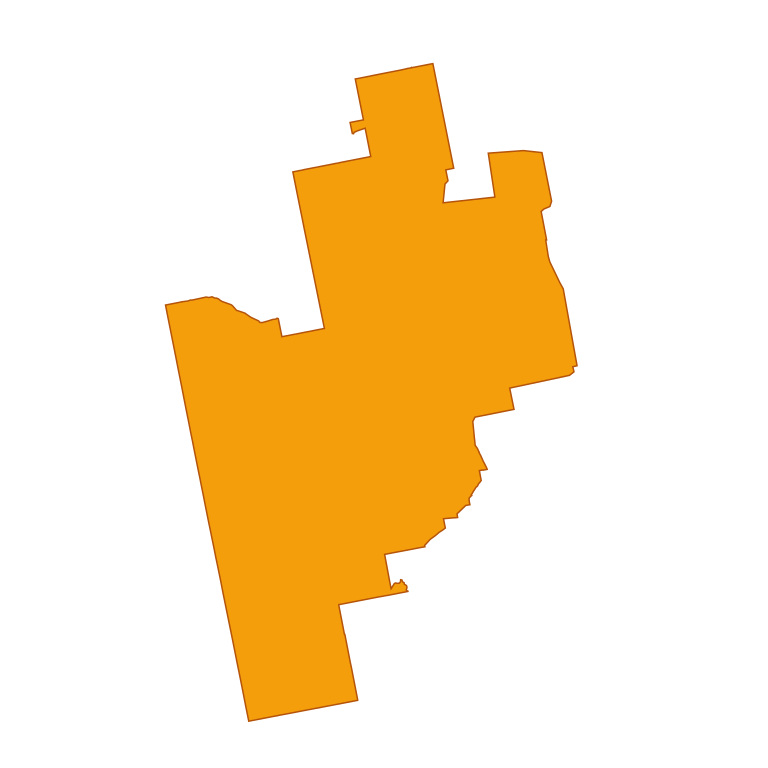 Kimba, South Australia, Australia, rotated 79°
{"feature_id": "25037944B98652038613248", "entity_name": "Kimba", "entity_type": "district", "adm_level": 2, "iso_a3": "AUS", "parent_name": "Australia", "parent_adm1": "South Australia", "projection": "robinson", "projection_center": [136.231, -32.967], "detail": "fine", "context": "isolated", "style": "filled", "palette": "amber", "viewbox_px": 768, "rotation_deg": 79, "n_neighbors": 0, "source": "geoboundaries", "source_scale": "gbopen_adm2", "svg_char_len": 4510}
<svg xmlns="http://www.w3.org/2000/svg" viewBox="0 0 768 768"><g transform="rotate(79 384 384)"><path d="M625.1,581.4L630.1,581.4L639.3,581.3L657.1,581.2L661.7,581.2L661.8,581.2L674.9,581.2L689.2,581.1L689.2,565.0L689.2,549.5L689.3,537.1L689.3,536.8L689.3,525.4L689.4,502.7L689.5,470.5L689.5,470.4L689.5,470.2L689.3,470.1L688.8,470.1L688.7,470.1L688.2,470.1L686.8,470.1L686.5,470.1L682.5,470.1L682.1,470.1L680.9,470.1L680.2,470.1L679.8,470.1L679.5,470.1L678.6,470.1L677.8,470.1L674.2,470.1L672.2,470.1L671.9,470.1L671.7,470.1L671.4,470.1L671.0,470.1L670.8,470.1L670.0,470.1L663.9,470.1L662.2,470.1L660.0,470.1L656.3,470.1L655.7,470.1L651.1,470.2L648.9,470.2L642.3,470.2L633.5,470.2L631.3,470.2L624.6,470.2L622.8,470.2L622.3,470.3L622.3,470.5L622.2,470.6L610.4,470.6L592.3,470.6L592.2,470.5L592.0,470.3L591.9,470.3L591.9,470.2L592.0,469.8L592.0,468.2L592.0,465.0L592.0,457.5L592.0,456.8L592.0,456.7L592.0,449.7L592.0,448.0L592.0,444.6L592.0,441.6L592.0,441.4L592.0,433.1L592.0,430.6L592.1,426.5L592.1,421.9L592.2,421.6L592.2,399.5L591.6,400.6L590.4,401.5L588.5,400.4L587.1,400.2L586.0,400.5L584.5,402.2L582.8,402.2L581.9,403.5L579.8,403.8L579.3,405.0L581.4,405.7L582.4,406.8L582.2,409.1L581.5,410.6L581.8,411.9L586.3,416.1L575.8,416.1L551.4,415.9L551.4,406.9L551.5,391.4L551.5,380.3L551.6,374.9L550.2,374.9L547.6,371.4L545.3,368.3L542.5,362.3L540.1,358.1L538.5,354.1L537.1,351.3L531.3,351.3L527.6,351.3L528.5,342.5L528.5,342.1L528.6,341.4L528.8,340.4L529.0,338.6L529.1,337.9L529.1,337.6L529.1,337.3L529.1,337.2L525.4,337.1L518.8,326.9L518.9,322.7L515.4,322.7L513.6,322.5L513.3,322.5L513.0,322.4L512.8,322.4L512.7,322.3L512.2,322.1L511.7,321.5L511.3,320.9L510.7,320.1L510.5,319.8L510.3,319.2L510.2,319.1L509.4,319.5L509.0,319.0L508.3,318.4L507.9,318.0L507.5,317.7L507.4,317.6L507.2,317.5L506.8,317.0L506.6,316.8L506.0,316.4L505.2,315.5L503.4,313.9L502.9,313.3L502.2,312.0L501.8,311.5L501.7,311.4L500.8,310.9L500.3,310.5L500.2,310.4L500.1,310.2L499.5,309.6L499.0,308.9L498.9,308.7L498.2,308.1L497.7,307.4L497.3,307.0L487.2,306.9L487.2,304.5L487.2,304.1L487.3,303.8L487.3,303.5L487.5,303.2L487.5,299.0L487.3,299.0L487.2,299.0L486.8,299.1L486.7,299.1L486.2,299.2L485.1,299.5L484.6,299.6L482.7,300.2L481.4,300.5L480.8,300.7L480.3,300.9L480.2,300.9L478.9,301.3L477.3,301.7L476.4,301.8L474.6,302.3L472.6,302.7L471.3,303.2L469.2,303.7L468.9,303.7L468.9,303.8L468.5,303.8L464.8,304.7L462.8,305.7L462.4,305.8L461.5,306.2L456.2,305.7L453.5,305.5L447.3,304.9L440.9,304.3L437.8,304.0L433.9,301.0L433.7,261.2L412.0,261.4L410.9,200.3L408.3,195.2L403.1,195.4L402.9,191.0L324.7,189.9L318.0,192.1L295.9,197.9L290.3,198.4L273.5,197.8L273.6,196.9L244.6,196.8L242.7,193.5L241.4,187.3L236.5,184.6L187.0,184.8L181.5,202.5L177.3,237.6L221.7,239.5L217.4,291.4L199.4,286.0L196.7,282.4L185.6,282.5L185.5,274.4L78.8,274.9L78.8,296.1L78.8,296.3L78.5,296.5L78.7,296.8L78.8,296.9L78.8,297.0L78.8,297.6L78.8,299.0L78.8,300.1L78.8,300.3L78.7,300.7L78.8,301.3L78.8,301.6L78.8,301.8L78.8,302.4L78.8,302.5L78.8,302.4L78.9,302.5L78.9,303.1L78.9,303.7L79.0,308.5L79.0,310.0L79.0,312.6L79.0,314.1L79.0,315.4L79.0,327.9L79.1,354.0L120.8,353.8L120.8,367.4L132.1,367.3L132.5,366.1L131.3,365.3L130.5,362.1L129.3,353.7L158.2,353.6L158.2,356.4L158.2,376.8L158.3,398.1L158.3,421.7L158.4,422.9L158.4,423.1L158.4,433.0L180.2,432.9L180.3,432.9L195.3,432.8L207.1,432.7L213.2,432.7L237.5,432.5L317.7,431.9L318.1,431.9L318.1,436.1L318.1,475.2L299.7,475.3L299.3,475.8L299.1,476.8L299.7,477.8L299.4,480.8L300.2,487.7L300.1,487.8L300.3,489.1L300.3,490.1L300.5,491.6L300.0,493.7L299.9,494.0L299.1,494.6L298.3,494.9L298.1,495.1L295.3,499.0L293.0,502.1L289.2,505.8L288.8,506.2L288.2,506.7L288.0,506.8L287.8,507.3L287.7,507.4L287.5,507.7L287.5,507.8L287.0,508.5L284.2,513.5L283.7,514.5L283.4,514.8L278.6,517.6L277.8,518.2L277.4,518.5L276.7,519.4L275.3,521.8L272.1,527.2L270.1,529.3L268.9,530.2L267.7,532.1L267.3,533.8L265.6,536.1L265.7,539.2L265.4,540.3L264.7,541.9L265.0,556.7L264.9,557.0L264.6,557.8L265.1,560.3L264.7,567.2L264.7,567.3L264.8,567.3L264.8,583.4L275.5,583.4L318.1,583.2L331.0,583.2L348.5,583.1L360.4,583.1L360.7,583.1L370.3,583.1L370.5,583.1L383.9,583.0L384.0,583.0L395.0,583.0L403.1,582.9L409.9,582.9L410.2,582.9L413.9,582.9L414.0,582.9L431.8,582.8L433.4,582.8L440.9,582.7L445.7,582.7L460.5,582.6L460.8,582.6L461.0,582.6L466.7,582.6L467.9,582.6L486.1,582.5L493.7,582.4L513.0,582.2L518.9,582.2L522.1,582.2L526.9,582.1L545.3,581.9L545.9,581.9L559.0,581.9L592.5,581.6L603.8,581.5L625.1,581.4Z" fill="#f59e0b" stroke="#b45309" stroke-width="1.5"/></g></svg>